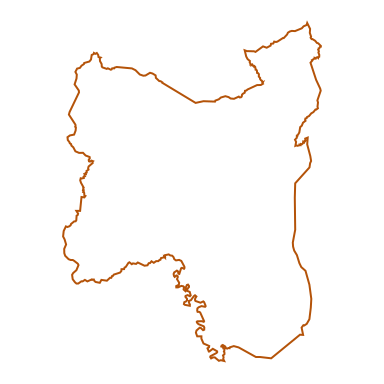 Nam Phong, Khon Kaen, Thailand
{"feature_id": "78962969B93047350456374", "entity_name": "Nam Phong", "entity_type": "district", "adm_level": 2, "iso_a3": "THA", "parent_name": "Thailand", "parent_adm1": "Khon Kaen", "projection": "natural_earth1", "projection_center": [102.881, 16.697], "detail": "fine", "context": "isolated", "style": "outline", "palette": "amber", "viewbox_px": 384, "rotation_deg": 0, "n_neighbors": 0, "source": "geoboundaries", "source_scale": "gbopen_adm2", "svg_char_len": 5852}
<svg xmlns="http://www.w3.org/2000/svg" viewBox="0 0 384 384"><path d="M77.1,68.6L75.4,71.9L76.8,74.6L76.5,78.5L74.6,84.4L78.8,90.5L79.0,92.4L69.6,112.0L68.9,114.6L75.4,124.6L75.6,126.2L75.2,126.8L75.9,127.6L75.6,130.6L74.1,134.6L70.0,135.4L67.5,137.2L67.8,140.0L69.6,142.4L69.8,143.3L71.1,144.1L71.4,145.6L73.3,147.3L75.4,151.3L79.1,152.9L83.0,152.8L85.6,155.5L89.6,157.0L89.8,158.2L88.7,160.0L89.0,161.3L90.0,161.6L91.4,160.6L93.0,161.2L92.4,161.8L92.7,163.0L88.6,166.5L88.1,168.3L88.5,169.6L86.5,171.0L86.7,172.5L85.7,172.9L85.9,174.2L84.5,174.1L84.8,175.0L84.4,175.8L84.8,176.3L83.6,176.8L83.8,178.0L81.6,178.5L80.7,178.3L80.2,180.3L81.0,182.8L83.6,187.5L83.2,187.8L83.5,189.2L83.2,189.1L82.9,190.5L83.6,191.2L83.3,191.9L83.8,191.9L84.2,193.0L84.4,195.6L85.4,196.0L84.4,197.4L81.5,197.0L80.1,210.9L76.4,210.9L78.1,213.6L77.7,215.0L76.6,215.7L76.3,220.3L75.6,221.3L74.2,221.4L71.0,224.0L70.6,225.3L69.3,226.3L67.4,227.0L65.9,226.4L63.7,231.0L63.1,236.5L64.6,239.4L66.1,244.5L64.2,248.9L64.3,253.2L65.2,255.8L68.6,259.2L70.7,260.0L72.8,260.0L74.1,260.8L77.8,263.7L78.5,265.1L76.4,270.2L73.2,273.0L72.1,274.8L72.7,279.2L75.0,282.3L76.4,283.5L78.3,283.5L81.4,281.3L82.6,281.4L84.9,279.9L87.4,281.4L91.8,279.4L92.1,279.9L93.8,279.5L94.5,281.1L95.7,282.0L99.8,282.8L101.4,279.9L106.9,280.7L110.0,277.8L111.3,277.8L112.1,276.0L112.9,275.9L113.8,274.6L120.0,272.6L121.3,271.1L121.5,269.2L124.1,269.1L124.5,267.6L125.8,266.9L128.4,262.9L129.4,262.3L131.8,264.2L132.9,263.4L136.1,263.9L137.8,262.5L144.5,265.7L147.5,265.3L148.7,263.2L150.0,263.1L151.5,261.3L153.8,262.8L156.2,261.1L158.4,261.1L159.5,259.9L160.4,259.8L161.0,258.1L163.7,257.4L163.9,256.8L164.6,257.4L164.3,256.3L165.1,256.7L165.0,255.2L168.7,254.4L170.2,255.4L172.2,255.7L173.5,257.1L174.3,259.2L176.0,260.4L179.1,259.9L181.3,260.9L184.4,266.7L184.5,268.0L184.0,268.8L182.0,267.8L181.1,268.3L179.3,273.9L178.4,273.7L178.0,271.4L176.9,270.6L174.2,272.4L173.6,274.0L174.0,276.0L174.7,276.9L176.3,275.5L177.7,276.2L177.8,277.1L177.0,279.1L179.2,282.8L178.8,284.8L176.2,286.1L176.3,287.4L178.0,287.4L181.3,285.9L183.3,286.3L184.0,287.0L183.6,289.5L185.6,291.3L186.2,290.6L185.7,287.7L186.9,285.0L188.0,284.6L189.0,286.0L189.0,287.0L187.4,288.9L187.3,290.3L187.7,291.1L189.7,291.9L190.7,295.4L189.9,296.2L187.6,295.1L185.6,295.9L185.4,296.8L187.0,298.8L187.0,300.3L186.1,301.4L184.3,302.2L183.9,304.1L184.8,304.8L189.8,305.8L189.9,304.5L188.9,302.5L188.9,300.9L190.9,300.2L193.8,296.2L195.0,295.3L196.4,296.5L195.2,298.4L195.0,300.0L195.5,301.0L200.5,302.7L203.3,301.4L204.1,302.1L205.5,305.5L205.6,306.3L205.1,306.8L201.5,306.1L198.6,307.3L197.4,308.4L197.2,310.6L197.6,311.9L199.3,311.9L200.2,312.5L204.1,321.2L203.7,321.8L201.7,321.2L197.3,321.3L196.8,321.7L196.9,322.5L198.4,324.1L203.7,326.3L204.3,327.5L204.2,329.7L203.1,330.2L200.7,327.9L199.7,327.7L196.5,330.5L195.9,332.7L197.2,336.3L201.4,336.3L201.4,338.7L203.5,343.5L209.2,346.0L209.0,347.3L207.5,348.3L208.8,351.5L209.3,351.5L212.8,348.8L217.1,351.3L217.2,352.1L216.5,353.0L210.5,356.2L210.2,357.0L211.1,358.4L213.1,357.4L214.8,357.4L218.9,360.8L220.9,360.2L224.2,361.0L223.2,358.9L223.6,357.3L223.0,355.4L224.4,354.3L224.5,352.9L223.9,351.4L224.3,351.0L224.4,348.9L224.0,348.2L223.3,348.3L223.0,347.0L221.3,346.5L221.6,345.6L222.8,345.0L225.2,346.5L226.1,348.3L227.3,348.6L228.4,348.0L229.6,348.2L229.9,347.3L233.8,346.1L238.6,347.4L255.9,357.0L260.0,357.0L271.2,358.3L300.0,334.7L303.1,334.9L301.6,327.6L303.4,325.2L304.2,325.5L306.7,323.9L309.4,319.2L310.8,307.6L311.3,298.9L309.4,284.7L305.5,270.8L301.3,267.1L299.4,263.2L296.9,255.1L294.2,250.6L293.1,246.7L292.8,242.6L295.2,229.8L294.8,197.7L295.2,183.3L309.5,167.4L310.1,163.2L311.1,161.0L310.3,156.1L307.2,144.4L307.7,137.6L305.2,138.6L305.5,140.5L305.2,141.1L304.6,141.0L304.2,142.4L303.2,141.7L302.9,143.4L301.8,144.3L300.9,144.0L300.6,145.1L299.5,144.6L299.4,145.3L297.3,145.8L296.4,145.4L295.4,145.8L296.1,141.9L295.0,139.7L296.8,137.8L296.8,136.6L297.2,136.4L296.9,135.5L297.9,134.9L299.3,132.5L300.2,127.1L301.8,125.7L303.0,122.7L305.5,120.8L305.1,119.9L305.4,118.5L306.6,118.2L307.0,117.1L309.1,116.0L311.2,113.4L313.4,112.1L315.5,109.5L316.2,109.6L317.9,108.3L317.5,106.6L318.0,102.5L317.4,100.4L320.7,90.7L320.2,88.6L316.1,79.8L310.5,62.7L312.3,60.6L312.0,60.1L314.4,58.6L314.5,57.9L315.7,58.6L316.2,57.7L317.3,57.2L318.1,57.9L318.2,57.3L319.2,56.8L319.3,54.9L318.4,52.5L318.9,51.2L318.2,49.7L318.6,49.4L318.6,48.4L319.4,48.1L320.1,46.7L320.8,46.7L320.9,46.0L318.2,43.3L316.9,42.9L315.2,40.8L312.3,39.0L311.6,39.1L310.6,37.7L311.1,36.6L309.8,32.9L310.1,28.9L307.2,23.0L306.6,25.0L303.6,26.3L301.8,28.3L295.0,31.1L291.8,30.9L289.8,31.5L287.9,32.7L287.1,34.5L283.7,38.1L283.0,38.0L277.4,41.6L276.0,42.0L274.2,41.6L273.3,43.5L271.0,43.8L270.6,45.6L266.7,47.7L263.0,46.4L255.5,51.9L254.0,51.3L246.9,51.1L244.7,50.3L246.2,56.5L247.6,59.1L249.9,61.0L249.7,62.4L250.5,63.8L250.4,64.7L251.4,64.7L251.4,65.1L252.3,64.5L253.1,65.9L254.0,65.9L254.2,66.7L254.7,66.4L255.2,66.9L255.6,69.7L256.3,69.7L256.9,70.6L257.1,72.9L258.0,73.1L258.9,74.2L258.8,76.6L260.1,77.9L260.0,78.8L260.9,80.2L261.9,80.7L262.4,82.7L262.9,82.4L262.5,83.3L262.9,83.8L260.8,85.0L257.0,85.1L247.5,89.5L246.4,90.5L245.0,90.8L244.7,92.7L242.7,93.9L242.0,94.8L241.7,96.6L240.9,97.3L239.6,97.4L238.8,96.6L234.0,98.8L230.6,98.5L228.6,97.1L225.4,96.2L220.9,97.5L218.8,99.3L215.3,100.6L215.0,101.6L203.5,101.2L195.6,102.9L162.3,82.8L162.4,82.4L160.6,81.2L159.3,81.1L155.9,77.9L155.6,75.4L152.5,73.5L150.0,72.8L145.5,75.5L143.3,75.7L139.8,74.5L135.5,70.2L131.9,68.4L116.7,67.0L114.4,67.7L114.2,68.3L112.2,68.3L111.6,69.4L110.8,69.7L107.8,68.3L106.8,68.9L102.5,67.4L101.8,66.6L101.6,64.0L100.0,61.1L99.8,58.3L100.6,57.6L98.5,57.0L98.2,55.0L96.8,53.0L95.5,53.8L94.0,53.0L93.9,53.9L91.7,55.0L91.0,59.5L89.4,61.5L84.2,63.0L83.9,64.1L81.5,65.7L79.9,67.9L77.1,68.6Z" fill="none" stroke="#b45309" stroke-width="2"/></svg>